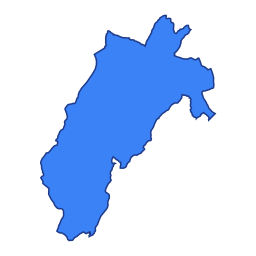 Aquitania, Boyacá, Colombia
{"feature_id": "7082276B52968134659257", "entity_name": "Aquitania", "entity_type": "district", "adm_level": 2, "iso_a3": "COL", "parent_name": "Colombia", "parent_adm1": "Boyacá", "projection": "robinson", "projection_center": [-72.858, 5.421], "detail": "fine", "context": "isolated", "style": "filled", "palette": "blue", "viewbox_px": 256, "rotation_deg": 0, "n_neighbors": 0, "source": "geoboundaries", "source_scale": "gbopen_adm2", "svg_char_len": 5743}
<svg xmlns="http://www.w3.org/2000/svg" viewBox="0 0 256 256"><path d="M94.3,54.4L96.0,58.4L96.5,61.2L96.4,64.8L95.2,69.3L92.5,73.9L87.0,82.0L81.1,88.8L80.8,89.8L80.1,90.5L80.1,90.8L79.2,92.0L78.8,93.4L78.3,94.4L78.4,95.6L77.9,97.3L77.7,97.8L77.0,98.2L75.9,101.8L75.2,103.0L74.3,103.6L73.3,103.3L72.1,103.8L69.4,104.3L68.0,104.7L66.7,106.1L65.2,108.3L65.0,109.2L66.7,113.7L67.4,117.3L66.8,118.9L65.1,120.7L64.7,121.4L64.5,122.5L65.0,123.8L64.9,124.8L64.5,125.4L63.3,128.7L62.9,129.2L61.1,130.2L60.3,131.0L59.4,132.6L59.1,133.8L58.8,134.2L58.1,135.8L57.4,138.6L56.1,139.7L55.8,140.4L56.0,140.9L56.9,141.1L57.6,141.6L57.6,143.2L57.2,144.7L56.8,145.2L55.3,145.5L54.2,146.0L52.3,148.0L50.5,150.4L48.3,152.8L46.6,152.9L46.2,153.1L44.6,155.7L43.5,157.2L42.4,158.3L40.9,161.5L40.8,162.2L40.8,163.3L41.6,165.8L41.6,167.9L42.0,169.4L42.5,170.4L42.7,172.7L43.4,173.6L43.7,174.5L43.4,175.7L41.8,176.5L40.8,177.8L43.0,181.4L42.8,183.1L43.7,184.2L49.0,188.5L48.7,192.0L48.7,193.8L48.9,194.7L51.2,199.3L53.9,203.0L54.4,204.6L55.1,205.7L56.5,207.4L57.4,208.2L59.0,208.7L61.5,208.8L62.3,209.0L63.0,210.0L63.5,211.3L63.6,214.3L63.5,216.3L61.3,219.7L59.5,224.4L58.9,225.2L58.2,228.0L57.0,230.7L57.0,231.4L57.7,231.7L58.5,232.3L59.8,232.9L61.7,232.8L63.1,233.8L64.4,234.3L66.9,236.9L67.8,239.4L69.2,240.6L70.6,240.2L71.8,240.4L72.5,240.2L73.1,239.7L73.8,238.5L74.1,238.3L74.5,237.7L76.9,236.4L80.0,233.7L81.1,233.3L83.1,232.0L83.5,232.0L85.8,233.5L86.7,233.5L87.5,232.8L89.3,232.1L90.1,232.0L90.3,232.8L89.6,233.1L89.4,233.4L90.2,234.0L90.2,234.8L89.3,235.2L89.1,235.9L89.2,236.6L90.1,235.9L91.0,235.8L91.8,235.2L92.9,234.9L93.3,234.0L94.1,233.4L94.5,232.1L95.4,231.0L95.4,228.0L95.6,227.0L97.5,224.5L99.2,219.8L100.7,216.5L101.1,215.8L106.5,209.1L107.4,207.5L107.9,205.9L108.0,204.3L107.7,202.0L109.3,197.9L109.3,195.3L109.0,194.7L108.5,194.0L105.8,192.2L105.4,191.4L105.4,190.8L105.8,188.8L107.6,185.0L108.8,183.0L109.4,182.7L110.3,181.6L110.5,180.8L111.1,180.4L110.4,178.2L110.4,176.7L110.9,175.6L110.4,173.6L110.3,172.7L110.7,171.4L111.8,170.0L112.3,168.3L112.4,167.4L112.6,167.0L113.2,166.5L113.7,164.7L114.1,164.1L115.2,163.4L114.2,163.1L112.5,163.5L112.0,162.6L111.7,161.1L112.0,159.0L113.3,156.8L113.8,157.4L114.9,158.2L116.4,159.7L117.4,159.9L119.6,162.0L120.5,162.1L120.5,163.3L120.9,164.6L120.3,166.5L120.3,168.1L123.5,168.2L125.4,167.4L125.8,166.8L126.3,166.4L126.6,165.1L127.5,163.4L127.9,162.8L129.7,161.4L130.2,159.2L131.5,156.6L132.1,156.6L133.0,155.6L133.9,155.4L134.8,154.9L137.1,155.2L138.7,153.9L139.7,153.7L140.8,153.3L142.4,151.4L144.6,149.3L144.0,148.1L143.3,147.9L143.3,147.3L143.8,145.8L145.1,145.0L145.9,143.7L146.2,142.9L147.1,142.1L147.7,141.2L149.0,140.7L150.6,140.6L150.9,140.4L151.4,138.7L150.7,137.1L151.1,134.7L150.8,133.9L150.7,133.0L151.2,130.2L152.2,129.1L153.6,126.5L154.5,123.9L156.6,119.7L157.8,118.6L158.7,118.5L159.2,117.1L162.5,113.5L165.7,111.4L166.5,110.6L168.3,109.9L169.1,108.8L169.8,107.2L170.3,106.4L172.1,104.5L174.7,103.0L177.5,103.0L178.0,102.7L178.5,101.9L179.8,100.8L180.5,99.4L181.6,98.1L181.8,97.5L181.8,95.9L182.2,94.8L182.4,94.6L184.0,95.4L185.4,95.1L187.0,96.2L188.4,96.0L189.2,97.0L189.3,98.0L190.3,98.2L190.8,98.7L190.9,99.4L190.4,100.8L190.9,102.1L190.6,103.3L190.8,103.9L190.4,104.6L190.5,106.5L191.2,107.5L191.5,108.2L191.4,108.5L190.3,109.6L190.7,111.2L190.7,111.8L191.5,112.2L191.8,113.5L192.4,114.7L192.4,115.6L193.2,115.8L193.6,116.7L194.2,117.1L195.7,117.2L196.3,118.2L196.3,118.6L197.1,117.7L200.2,116.1L200.8,115.0L200.8,114.4L201.5,114.2L202.5,113.2L203.7,112.6L204.0,112.8L204.1,113.4L205.5,114.0L208.0,116.2L208.9,117.4L209.1,118.1L208.6,119.5L208.7,120.2L215.2,113.6L212.3,111.9L208.9,108.2L207.7,105.2L206.7,103.7L205.9,101.8L203.8,98.7L203.3,97.6L201.8,92.8L202.1,92.0L203.0,91.1L205.1,90.9L206.7,90.4L209.9,89.3L211.9,88.3L212.7,88.3L213.5,87.7L213.9,84.4L213.5,82.2L213.6,77.7L212.5,73.3L210.8,68.7L207.9,69.8L206.9,68.6L204.4,66.8L202.0,66.0L201.3,64.9L199.8,60.5L198.8,58.2L198.3,58.1L197.9,58.2L197.6,58.4L197.3,59.2L194.6,59.8L192.9,58.6L192.3,58.5L191.3,57.9L190.2,58.0L188.8,58.4L187.9,59.2L187.3,59.2L186.9,58.9L185.8,59.2L185.1,58.9L183.0,58.8L179.7,57.5L177.3,56.9L174.3,55.6L174.8,54.5L174.3,53.5L174.4,52.9L175.6,52.4L176.0,51.6L177.1,50.7L179.2,47.6L180.2,45.6L181.1,42.0L180.6,41.4L180.7,41.2L182.6,38.5L183.7,37.6L184.6,36.1L185.4,35.1L187.6,33.9L188.5,33.2L189.7,30.8L190.6,29.8L190.3,29.8L189.8,29.0L188.9,28.2L188.3,25.4L186.9,25.4L185.9,25.9L184.0,27.4L183.7,28.2L183.3,28.6L181.4,29.3L180.2,29.2L179.8,29.9L178.9,30.8L178.4,30.7L178.0,31.1L176.5,33.4L175.4,33.3L174.4,32.6L174.1,31.0L173.3,29.3L173.6,27.9L173.6,25.8L173.8,24.6L173.6,23.8L173.3,23.2L172.5,22.6L171.2,22.5L170.9,21.7L170.7,19.0L170.3,18.6L169.5,18.3L166.8,18.7L166.6,18.6L166.1,17.8L166.3,15.7L166.1,15.4L164.4,15.5L163.0,16.0L159.9,18.0L159.8,18.7L159.6,19.0L158.3,19.9L157.4,21.5L156.8,22.1L156.1,22.5L154.9,23.9L154.7,24.7L154.3,25.2L154.3,25.9L153.9,26.7L153.7,27.6L151.9,30.4L151.5,32.6L151.2,33.4L150.7,33.9L150.5,34.8L150.0,35.4L149.6,36.3L149.2,36.6L148.2,39.0L147.9,39.1L146.8,40.9L146.6,41.7L146.1,42.7L146.0,43.7L145.3,45.1L145.4,45.8L145.1,46.2L144.6,45.4L143.2,44.9L142.6,44.4L141.6,44.6L141.2,44.5L140.5,43.3L139.6,43.1L138.8,42.3L137.5,42.0L136.2,41.2L134.9,41.1L133.9,40.0L131.8,39.8L130.6,39.9L130.3,39.6L129.6,39.4L129.3,39.0L129.5,38.3L128.9,37.9L128.1,37.9L126.6,38.0L124.4,37.6L123.2,37.9L122.1,37.4L120.2,36.8L117.3,35.4L115.1,35.1L114.2,34.5L113.8,34.8L113.3,34.7L112.8,33.6L111.3,32.9L110.4,32.1L110.4,31.9L108.9,30.9L107.7,31.1L107.7,32.6L107.4,33.3L106.4,34.1L106.5,34.6L105.8,36.8L105.9,38.1L105.6,38.7L105.8,39.7L105.7,42.6L106.1,44.7L106.4,45.1L106.3,45.4L105.3,46.0L104.9,46.7L104.7,47.3L104.9,47.9L94.3,54.4Z" fill="#3b82f6" stroke="#1e3a8a" stroke-width="1.5"/></svg>